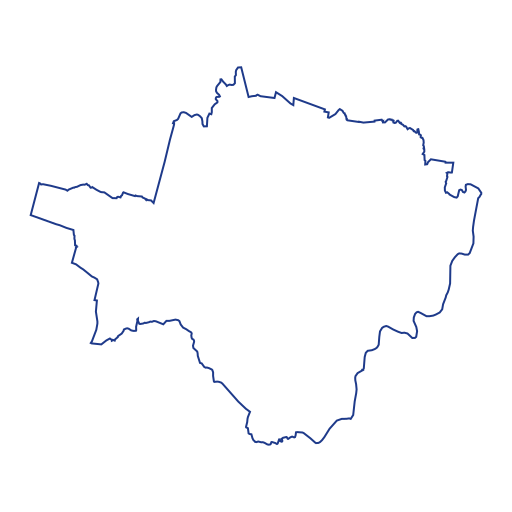 Kota Surakarta, Jawa Tengah, Indonesia (Natural Earth projection)
{"feature_id": "22746128B33460906687482", "entity_name": "Kota Surakarta", "entity_type": "district", "adm_level": 2, "iso_a3": "IDN", "parent_name": "Indonesia", "parent_adm1": "Jawa Tengah", "projection": "natural_earth1", "projection_center": [110.818, -7.559], "detail": "fine", "context": "isolated", "style": "outline", "palette": "blue", "viewbox_px": 512, "rotation_deg": 0, "n_neighbors": 0, "source": "geoboundaries", "source_scale": "gbopen_adm2", "svg_char_len": 6033}
<svg xmlns="http://www.w3.org/2000/svg" viewBox="0 0 512 512"><path d="M173.1,123.1L174.1,123.1L174.1,124.3L173.5,126.7L170.0,139.5L164.6,162.0L153.6,203.0L151.0,200.4L147.8,200.1L146.7,199.3L146.2,200.0L144.9,198.5L142.6,197.5L141.9,196.5L137.1,196.1L135.5,195.5L135.0,196.1L127.8,194.0L123.5,192.3L123.1,192.6L122.0,195.3L121.2,195.8L120.5,197.4L118.3,196.8L117.4,196.9L117.0,197.3L116.6,198.2L112.5,198.1L104.4,192.4L101.1,192.1L100.1,191.7L96.5,189.8L92.3,187.1L92.0,187.5L90.6,187.7L88.9,185.3L87.8,185.1L86.7,183.8L84.7,184.7L83.2,184.6L80.5,185.1L77.0,186.8L75.2,187.1L74.1,187.7L73.4,187.6L68.7,189.6L67.4,190.7L65.6,189.6L50.9,185.8L43.0,184.2L41.1,184.5L40.2,183.5L39.1,183.0L30.7,215.1L56.1,224.2L59.7,225.2L66.4,227.9L73.4,230.0L73.9,234.9L74.5,235.7L74.4,238.8L74.9,240.4L75.1,245.3L76.5,245.7L76.7,246.2L76.2,247.0L76.5,247.1L76.2,247.3L71.9,262.8L76.0,264.3L80.5,267.7L83.2,269.4L91.9,276.5L94.4,277.6L97.1,279.3L98.1,282.0L98.4,283.5L94.5,300.1L96.9,300.5L95.9,311.6L97.4,321.4L97.4,323.6L96.3,329.8L91.9,341.4L90.8,343.0L91.6,343.4L101.3,344.4L106.4,340.4L109.9,338.5L111.3,339.6L111.9,339.7L111.9,340.7L113.4,340.0L114.7,340.6L115.1,339.4L117.8,337.1L117.8,336.5L118.2,336.0L121.7,333.6L123.6,330.8L123.9,329.5L125.9,328.6L127.2,328.3L128.7,328.7L131.2,330.4L133.4,330.9L135.9,330.8L136.2,330.2L136.1,326.8L137.4,321.0L137.2,319.3L138.0,318.6L137.9,320.7L138.3,321.6L139.3,323.8L140.1,324.0L143.2,323.5L144.8,322.7L145.8,323.0L149.0,322.2L150.3,321.6L151.9,321.8L153.9,321.0L155.9,321.3L163.3,324.3L166.4,320.9L169.3,320.9L175.5,319.6L178.2,320.2L179.4,321.1L180.7,324.5L183.1,327.6L186.2,329.2L189.1,331.2L190.8,332.1L191.4,332.7L191.7,333.6L191.3,335.4L191.6,337.7L192.1,338.8L193.5,339.6L194.0,340.6L194.1,341.8L193.0,345.7L193.4,348.0L197.2,351.5L197.6,353.2L197.8,355.9L200.0,362.9L201.7,363.4L204.3,367.0L205.8,367.7L206.8,367.5L208.9,368.1L211.8,369.5L212.3,370.0L213.1,372.3L213.1,375.9L213.9,381.4L214.3,381.9L217.2,381.6L218.8,381.8L221.2,382.6L222.4,383.6L238.3,401.6L245.9,408.8L250.0,411.8L247.9,417.1L247.5,418.9L247.2,422.1L246.0,427.0L246.2,427.4L247.9,428.2L248.6,433.4L249.6,434.0L251.4,434.3L252.5,438.3L253.6,440.4L254.6,441.1L255.1,441.9L256.5,442.1L258.2,441.5L261.3,442.3L262.8,442.2L264.5,442.8L267.3,444.4L268.8,444.7L270.3,444.4L270.7,444.0L271.4,442.1L271.9,442.0L275.2,443.0L276.9,444.0L277.4,443.8L277.8,443.2L279.1,439.4L279.7,439.4L280.3,441.1L281.4,441.7L282.0,441.6L282.3,441.2L282.3,440.4L281.7,438.8L283.0,437.8L286.4,437.0L286.8,437.2L287.7,438.8L288.2,438.9L290.4,437.3L292.1,436.6L294.2,437.4L295.0,437.1L295.6,435.4L296.0,432.3L297.3,432.1L302.4,432.5L303.6,433.0L310.4,438.3L315.2,442.6L316.0,443.1L318.5,442.9L320.1,442.0L322.0,440.2L324.3,437.2L329.6,428.7L336.8,420.6L341.7,418.9L346.4,418.8L349.2,418.4L350.7,418.9L353.2,415.0L354.7,401.4L356.2,393.2L356.6,389.4L356.1,384.2L355.3,380.3L355.2,377.7L355.5,376.1L357.6,373.1L362.5,370.3L361.3,369.7L363.0,370.0L363.8,368.3L364.7,357.0L365.8,352.8L367.7,350.8L371.9,350.2L374.9,349.0L376.6,347.9L377.6,346.7L378.7,344.7L379.3,336.8L380.0,331.4L382.1,327.9L383.7,326.8L386.2,326.0L388.1,326.6L393.2,329.5L398.0,331.7L401.6,333.0L404.4,332.7L407.5,333.5L412.3,338.0L415.0,337.9L416.2,336.8L417.1,331.2L416.3,327.0L413.6,320.9L413.8,317.5L415.1,313.9L416.6,312.3L418.1,311.8L420.7,313.0L426.5,316.2L429.5,316.2L433.2,315.6L435.7,314.6L439.7,312.5L442.2,309.3L443.1,304.2L445.7,297.5L446.2,295.3L447.7,292.5L448.7,289.6L450.1,283.5L450.4,265.7L452.3,260.8L454.9,257.2L457.7,254.2L459.2,253.4L461.7,253.6L464.8,254.6L468.1,254.6L469.7,253.1L473.4,243.4L473.6,236.7L472.8,230.6L473.1,226.9L474.0,220.5L478.2,198.2L479.5,196.9L480.7,194.7L481.2,194.2L481.3,192.8L478.3,188.4L470.6,184.3L467.8,184.1L465.9,184.8L465.6,186.6L466.0,189.9L465.4,191.5L464.4,192.5L463.0,192.0L461.8,190.0L460.5,189.6L459.2,190.2L457.7,196.4L456.6,197.6L454.2,197.1L449.5,194.5L449.3,194.0L447.2,192.3L446.0,192.8L444.9,190.6L444.8,187.4L446.2,183.3L445.9,182.9L445.7,181.7L446.1,181.2L447.4,177.1L447.4,176.7L447.0,176.2L447.4,173.4L446.8,172.9L448.1,172.2L451.0,172.6L451.9,172.5L453.3,162.7L445.6,162.7L445.6,162.0L445.2,161.7L430.9,159.3L428.0,162.2L427.2,164.2L425.2,164.5L425.4,160.9L424.6,160.1L424.4,155.0L422.7,154.0L424.3,151.7L424.3,149.7L423.5,148.6L423.6,148.2L424.1,148.2L423.8,146.1L423.2,145.3L423.7,142.6L423.5,140.1L422.4,137.8L421.4,137.8L420.6,137.1L420.9,135.3L420.3,134.7L419.1,134.4L418.9,131.8L418.3,129.2L417.5,129.4L417.3,130.1L417.4,132.0L416.8,132.8L415.8,132.6L414.4,131.1L413.7,131.2L413.1,130.0L409.9,128.0L408.7,128.4L407.6,129.2L406.3,126.9L405.6,126.2L404.4,126.4L403.0,124.8L401.5,124.1L401.2,123.1L400.8,122.7L400.2,123.2L399.8,123.0L398.2,120.7L397.3,120.8L395.8,122.7L394.7,123.0L393.4,122.5L393.3,121.5L393.7,120.8L393.5,120.5L393.1,120.7L392.2,120.4L391.8,119.6L390.3,119.7L389.9,119.2L388.0,119.5L385.0,122.4L383.0,122.4L383.1,121.3L382.8,121.5L382.4,121.3L382.4,120.7L381.7,119.7L374.6,120.6L374.5,121.6L363.4,122.6L359.0,121.7L358.9,122.0L347.4,120.3L346.9,119.9L346.9,119.1L346.5,119.1L346.1,116.2L345.7,116.0L345.4,114.9L345.0,114.7L344.7,113.4L344.2,113.3L343.5,112.6L342.5,110.8L339.8,109.1L338.6,110.1L335.4,114.1L329.2,117.8L327.9,117.4L328.7,112.4L324.4,111.6L324.9,109.4L293.9,98.0L293.3,105.1L290.5,103.5L282.2,96.1L276.0,92.2L274.5,98.0L260.5,96.2L257.6,94.7L256.5,95.2L256.0,95.8L252.0,96.2L248.6,97.0L241.2,67.3L238.0,67.5L236.2,70.1L235.8,71.8L235.9,75.1L234.8,76.6L234.9,83.2L233.4,84.8L231.8,85.0L229.6,84.6L228.0,85.2L226.8,86.0L225.9,84.5L223.1,81.6L221.4,79.3L220.5,79.4L220.4,82.0L217.2,85.9L216.4,87.3L216.0,89.9L216.1,91.3L217.0,92.9L219.1,94.8L219.9,96.4L219.3,96.8L216.9,96.9L216.1,97.4L215.8,98.3L215.8,99.2L217.4,101.0L217.5,102.0L217.3,102.5L214.7,104.3L211.8,108.0L211.8,112.2L211.3,114.2L209.4,113.6L207.4,117.8L206.9,126.3L203.8,126.4L202.5,124.0L202.4,121.4L201.8,118.2L200.1,116.3L198.2,114.9L196.9,114.5L194.5,115.1L191.7,116.9L186.0,112.9L183.7,112.2L181.6,112.5L180.5,113.4L178.1,118.9L176.9,120.0L173.8,121.2L173.1,123.1Z" fill="none" stroke="#1e3a8a" stroke-width="2"/></svg>